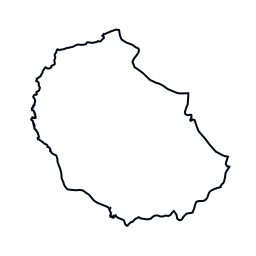 the district of Kutai Barat, Kalimantan Timur, Indonesia, rotated 351°
{"feature_id": "22746128B93368126922918", "entity_name": "Kutai Barat", "entity_type": "district", "adm_level": 2, "iso_a3": "IDN", "parent_name": "Indonesia", "parent_adm1": "Kalimantan Timur", "projection": "albers", "projection_center": [115.749, -0.471], "detail": "fine", "context": "isolated", "style": "outline", "palette": "ink", "viewbox_px": 256, "rotation_deg": 351, "n_neighbors": 0, "source": "geoboundaries", "source_scale": "gbopen_adm2", "svg_char_len": 5469}
<svg xmlns="http://www.w3.org/2000/svg" viewBox="0 0 256 256"><g transform="rotate(351 128 128)"><path d="M118.1,221.8L118.0,221.5L119.5,219.9L121.8,218.6L123.3,218.5L124.5,217.7L126.8,219.5L129.5,220.2L131.9,221.1L134.0,221.3L136.2,221.1L139.0,219.3L141.1,218.7L143.4,219.0L144.6,219.5L145.5,220.2L147.3,220.7L149.9,220.8L150.3,220.5L151.7,220.5L152.7,220.8L154.1,221.2L156.2,220.6L157.9,218.9L160.2,217.1L160.6,217.4L162.4,221.7L162.4,225.1L164.2,227.1L166.7,226.9L168.8,224.5L170.6,223.0L172.9,221.7L178.3,221.7L179.2,220.5L180.6,218.1L183.4,212.2L183.5,212.2L184.9,211.3L185.9,211.3L186.2,211.2L189.0,211.6L191.8,211.7L193.6,210.9L195.2,209.5L197.9,204.7L198.9,203.7L201.1,202.5L205.0,201.5L210.2,200.9L210.1,200.7L210.4,199.7L212.2,198.1L213.4,197.4L214.5,195.8L216.0,192.2L217.3,187.9L218.8,185.8L221.1,183.3L222.0,182.0L219.9,181.3L218.9,178.8L219.9,176.4L222.3,172.0L221.7,171.7L218.9,170.8L216.0,168.9L211.0,165.0L207.9,160.2L205.4,156.1L203.0,151.4L197.4,142.5L196.1,137.3L195.3,132.2L194.9,130.5L194.3,130.4L193.5,129.9L193.2,129.7L192.7,129.8L192.1,130.3L191.4,130.7L191.1,130.7L190.7,130.2L190.6,129.9L190.7,129.6L190.9,129.4L191.4,129.1L191.6,128.9L192.2,127.5L192.5,126.7L192.6,125.8L192.6,125.1L191.8,124.6L190.0,124.8L188.9,124.6L188.2,124.3L187.6,124.0L187.1,123.4L186.9,123.1L186.7,122.5L186.6,121.3L189.1,116.3L189.7,115.6L190.5,114.3L190.7,113.9L192.6,105.6L193.0,103.1L185.6,102.1L183.6,101.7L182.3,101.2L181.0,100.5L173.9,96.1L172.9,95.4L170.6,93.0L169.6,92.0L167.2,90.1L165.5,89.0L163.7,88.2L161.8,87.1L159.9,85.7L158.1,84.6L157.0,83.6L151.1,75.8L145.3,70.0L144.1,69.2L143.1,64.8L142.7,63.8L144.3,60.9L145.0,60.1L145.3,59.9L147.5,57.9L148.5,56.9L149.7,55.5L150.5,54.4L151.0,52.4L150.7,51.1L149.0,49.9L148.3,49.6L148.2,49.4L145.3,46.5L145.0,46.3L144.4,46.1L143.9,45.7L139.4,43.1L135.5,39.6L134.5,35.2L134.5,29.9L131.6,28.9L126.2,29.9L118.8,31.8L118.6,31.5L117.1,32.9L118.4,34.1L118.0,35.6L116.4,36.5L115.5,37.4L114.3,38.1L113.2,38.1L111.9,37.4L110.9,38.1L107.6,38.3L105.8,38.3L103.0,37.4L101.0,37.0L99.4,38.6L96.2,38.8L92.2,37.9L90.8,37.7L86.8,39.0L85.4,39.3L83.1,39.3L81.5,39.5L79.1,39.5L78.1,39.9L76.5,40.2L74.7,40.0L73.8,40.2L72.0,40.2L70.9,39.3L70.4,39.7L70.0,39.7L69.1,41.7L67.0,44.2L67.0,45.6L67.3,46.8L65.7,49.9L65.9,52.2L65.5,53.6L63.9,54.2L63.7,54.2L61.8,54.9L61.8,56.0L60.3,56.7L58.9,56.9L57.8,56.5L56.9,56.1L56.2,55.1L55.9,55.1L53.3,57.8L52.6,58.7L52.1,60.1L50.3,62.1L49.7,63.3L48.6,63.6L48.0,64.1L45.7,65.0L45.9,65.3L45.8,65.9L45.3,66.3L45.0,66.9L44.7,67.2L44.7,67.5L44.8,67.6L45.5,67.6L45.9,68.1L46.5,68.4L46.9,70.5L46.8,70.8L46.6,71.4L46.5,71.9L46.9,73.3L47.2,73.8L47.3,74.3L46.9,74.9L47.0,75.1L46.9,75.4L46.6,75.7L46.5,76.0L46.3,76.7L45.9,77.1L45.3,77.4L44.8,77.7L44.1,77.7L43.2,78.1L43.1,78.3L43.3,80.3L42.8,80.8L42.4,80.9L41.2,80.5L40.8,80.6L40.2,81.0L39.7,81.7L39.3,82.3L39.3,82.7L39.6,83.4L40.0,83.8L40.2,84.1L40.6,86.6L40.5,87.2L39.4,89.5L39.1,90.9L38.5,91.0L38.0,90.9L37.9,91.0L37.7,91.6L37.6,92.8L37.3,92.7L37.1,92.7L36.8,92.8L36.2,93.4L36.0,93.9L36.1,95.4L36.9,95.5L37.2,95.8L37.5,96.7L37.8,97.0L38.0,97.5L37.9,98.0L38.4,98.9L38.4,99.1L38.0,99.6L38.2,99.8L38.4,100.1L38.4,100.4L38.5,100.7L38.3,101.2L38.3,101.4L38.4,101.5L38.5,102.0L38.3,102.4L38.4,103.3L38.3,103.5L38.2,103.7L37.9,103.7L37.1,103.0L36.5,103.5L35.9,103.1L35.3,102.4L35.2,102.4L35.1,102.5L35.0,103.0L34.8,103.3L34.1,103.7L33.9,103.9L33.7,104.2L33.9,104.8L34.0,105.0L34.4,105.4L34.6,105.9L35.3,106.5L35.2,107.2L35.3,107.6L35.1,108.0L35.2,108.7L35.2,108.9L35.4,109.0L35.7,109.1L35.8,109.3L35.5,109.5L35.2,109.9L35.3,110.1L35.9,110.6L36.0,110.8L36.1,111.0L35.5,111.3L35.3,111.6L35.3,112.1L35.6,112.5L35.7,112.9L35.7,113.1L35.5,113.6L35.7,113.8L35.7,114.2L35.9,114.5L36.1,114.9L36.5,115.1L36.7,115.4L37.9,118.4L38.2,119.3L38.7,122.8L38.0,123.3L37.3,123.6L37.1,124.5L37.3,125.1L37.7,125.2L38.3,125.2L38.7,125.5L39.2,126.3L39.6,126.7L41.9,129.0L43.0,130.4L44.1,131.0L45.0,131.7L45.5,132.5L45.4,132.8L45.5,133.2L46.1,133.8L45.8,134.2L46.1,134.3L46.5,134.3L47.4,135.6L47.8,136.4L47.7,136.9L47.7,137.1L48.0,137.6L47.5,138.1L47.5,138.9L48.3,139.3L48.6,140.5L49.2,141.3L50.2,142.1L52.6,143.7L52.9,144.2L53.1,145.2L53.2,146.2L53.4,147.4L53.4,148.3L53.1,149.7L53.3,151.4L53.8,154.3L54.2,155.5L54.7,158.2L55.0,161.1L55.0,163.7L54.8,164.8L54.7,166.6L54.8,168.3L55.7,171.5L55.9,173.3L56.2,174.6L56.8,176.2L58.0,178.2L58.5,178.9L59.2,179.3L60.0,179.6L62.3,180.2L64.7,180.8L66.5,181.3L70.1,181.6L71.9,182.0L72.4,182.1L73.4,182.6L74.8,183.7L75.7,184.7L76.7,185.7L78.6,187.3L79.0,187.7L80.1,189.4L80.4,190.1L81.6,192.0L82.5,193.6L83.6,194.9L86.0,197.0L86.8,197.6L87.4,198.0L88.4,198.4L90.3,199.7L93.1,201.3L94.1,201.9L95.7,203.1L96.3,203.7L97.1,204.6L97.1,204.8L97.3,204.7L97.2,205.0L97.4,205.0L97.2,205.2L96.9,205.2L96.8,205.3L97.0,205.6L96.9,205.9L97.0,206.0L97.0,206.3L97.2,206.7L97.9,209.8L97.7,210.0L97.4,210.4L97.3,210.5L97.3,210.8L97.2,211.2L97.0,211.4L96.8,211.5L96.6,212.2L96.8,212.9L97.4,212.8L97.7,212.8L98.1,212.7L98.3,213.0L98.2,213.7L98.4,213.9L98.7,213.5L98.9,213.6L99.0,213.2L99.3,213.4L99.5,213.2L99.5,213.6L99.7,214.1L99.9,214.2L100.0,214.0L100.2,213.9L100.8,213.5L101.0,213.1L101.6,212.6L101.6,212.4L101.8,212.2L102.0,212.1L102.4,212.4L102.5,213.3L103.3,214.4L104.0,215.0L109.1,218.2L109.4,218.5L109.5,218.9L109.8,219.9L110.2,222.5L110.9,223.7L111.3,224.2L111.6,224.4L111.9,224.4L112.3,224.3L112.7,224.1L113.5,223.2L114.0,222.9L116.2,221.5L116.5,221.4L117.3,221.5L117.6,221.4L117.8,221.5L118.1,221.8Z" fill="none" stroke="#020617" stroke-width="2"/></g></svg>